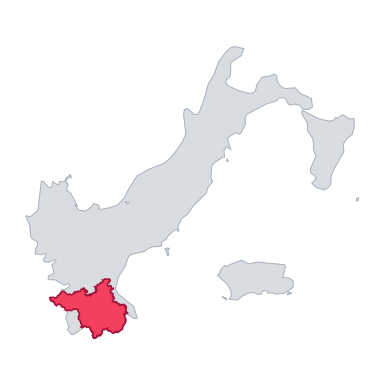 Piemonte, Turin, Italy (highlighted), rotated 269°
{"feature_id": "23120603B83257595874769", "entity_name": "Piemonte", "entity_type": "district", "adm_level": 2, "iso_a3": "ITA", "parent_name": "Italy", "parent_adm1": "Turin", "projection": "orthographic", "projection_center": [8.079, 45.262], "detail": "fine", "context": "in_parent", "style": "filled", "palette": "rose", "viewbox_px": 384, "rotation_deg": 269, "n_neighbors": 0, "source": "geoboundaries", "source_scale": "gbopen_adm2", "svg_char_len": 8883}
<svg xmlns="http://www.w3.org/2000/svg" viewBox="0 0 384 384"><g transform="rotate(269 192 192)"><path d="M56.7,65.1L59.1,66.6L68.3,63.5L73.9,65.4L78.5,62.3L81.5,57.6L80.8,54.1L88.1,48.4L89.0,54.9L93.1,59.2L97.1,60.3L96.2,62.9L100.2,68.2L101.8,67.7L102.3,66.7L101.2,62.2L106.7,53.4L106.8,47.3L107.8,46.6L110.5,47.0L112.9,52.6L122.0,50.7L125.3,54.9L126.7,54.0L124.1,46.7L125.1,42.9L127.5,42.1L129.3,43.9L132.8,44.3L132.9,42.0L132.0,40.6L133.0,34.1L138.2,34.5L141.4,36.7L145.0,36.5L148.0,31.3L150.3,29.9L162.0,29.1L170.6,25.5L171.3,26.2L169.9,28.7L170.5,30.3L176.0,37.5L205.5,41.6L205.1,43.5L199.2,48.6L198.9,50.5L199.9,52.0L204.7,52.8L201.8,57.5L201.9,59.2L204.5,59.2L204.5,64.7L207.7,66.1L211.5,70.6L208.0,71.7L209.4,70.3L205.6,65.9L202.0,68.2L196.1,66.6L192.4,71.1L179.2,77.4L181.4,74.8L180.4,74.8L175.7,78.3L174.9,85.0L179.0,91.3L182.1,93.4L181.0,97.5L179.3,99.1L176.8,98.1L176.3,101.7L178.1,111.1L180.5,117.6L187.8,124.7L192.9,126.8L208.9,137.1L215.4,149.3L221.3,164.8L225.8,170.4L235.0,178.2L243.2,183.7L250.7,186.9L269.7,184.9L274.6,185.9L275.5,188.4L274.7,190.3L269.5,195.3L269.5,198.8L272.4,201.0L286.0,206.2L299.8,210.2L309.5,216.3L321.8,220.9L331.9,228.8L335.6,233.2L336.7,236.8L335.2,243.6L334.3,246.4L327.4,243.5L320.9,233.1L309.3,232.6L305.8,231.1L303.5,228.0L299.9,228.0L297.5,230.1L292.3,241.1L289.7,250.3L289.8,254.0L292.0,257.2L297.8,258.6L305.6,264.1L306.6,271.9L308.3,276.2L306.7,278.9L302.9,278.7L298.2,280.8L295.0,284.1L293.9,286.9L294.4,296.8L288.3,302.5L283.5,313.0L275.1,313.9L272.8,311.0L272.4,306.5L273.6,303.6L276.6,302.0L278.1,296.0L277.1,291.9L278.2,289.9L284.7,286.5L284.5,280.6L281.7,278.2L278.7,267.8L268.7,248.2L265.9,246.5L258.7,246.6L249.9,241.9L249.1,239.7L250.4,237.3L249.2,234.5L246.2,229.5L244.3,228.5L234.0,231.5L236.7,227.1L232.8,224.7L226.3,225.2L226.3,223.3L221.2,215.3L217.9,212.1L206.0,211.2L202.2,212.9L196.1,207.9L190.8,206.3L176.6,191.8L170.0,187.5L165.6,181.1L157.3,177.0L153.6,178.3L152.7,177.4L154.6,176.1L154.1,173.5L148.4,167.2L145.1,165.2L142.8,161.0L138.1,160.1L138.1,152.5L136.2,147.1L133.1,142.6L131.0,131.7L129.6,128.6L126.3,126.4L118.9,123.9L108.5,117.0L96.4,113.8L91.4,116.3L78.7,131.6L66.8,135.1L66.5,131.9L71.1,124.9L70.2,122.2L62.8,123.0L53.2,116.5L51.9,110.8L54.7,105.5L56.4,104.2L55.5,100.6L49.7,97.5L47.5,92.7L47.3,91.1L48.8,90.3L52.2,90.6L57.7,87.3L59.3,82.7L51.4,71.0L51.7,68.6L56.7,65.1ZM183.1,128.0L183.4,125.1L181.0,127.0L181.8,128.3L183.1,128.0ZM271.9,303.6L263.0,319.9L260.4,330.7L261.1,334.6L264.3,337.2L262.9,338.5L266.4,343.1L266.5,344.5L262.3,350.4L262.6,355.3L253.9,355.3L246.6,353.0L242.8,347.8L239.8,345.6L236.7,344.0L230.6,344.6L227.9,343.6L211.1,333.7L204.6,331.2L197.3,330.9L194.3,328.6L191.8,323.9L194.3,316.3L198.8,311.9L203.3,316.4L206.9,314.5L207.1,313.0L209.6,311.0L212.9,310.7L225.9,316.6L232.4,314.2L238.5,314.5L244.0,313.2L250.9,308.7L259.2,308.4L268.4,303.1L271.9,303.6ZM118.5,228.0L123.0,240.2L119.1,247.8L120.8,255.8L117.7,283.3L115.8,284.2L105.0,281.2L104.2,287.5L102.8,290.0L100.7,291.7L94.8,291.3L89.0,282.4L88.5,273.5L89.7,270.9L89.7,265.7L92.0,265.4L92.1,261.9L90.8,260.1L88.6,259.5L88.6,255.6L90.2,252.6L90.2,247.3L87.2,240.7L83.2,235.8L84.0,227.3L87.4,229.5L92.5,229.3L98.6,226.1L108.4,216.0L109.8,217.8L114.0,219.4L118.0,223.6L116.5,226.4L118.5,228.0ZM135.4,163.7L136.3,165.7L136.1,168.4L134.1,166.9L129.2,167.6L128.7,166.3L134.6,164.9L135.4,163.7ZM90.5,286.8L89.1,290.0L87.5,285.8L87.7,285.3L90.5,286.8ZM86.9,221.3L84.7,224.7L83.6,224.6L86.4,220.6L86.9,221.3ZM183.4,358.5L180.5,357.9L180.3,356.3L182.6,356.5L183.4,358.5ZM224.5,227.7L222.3,228.9L222.2,227.1L224.5,227.7Z" fill="#d9dde1" stroke="#a8b0b8" stroke-width="1"/><path d="M94.7,59.6L93.5,59.2L93.2,58.8L92.4,58.9L92.4,58.5L92.0,58.2L92.2,57.8L91.6,57.5L91.3,56.9L90.8,56.4L90.6,55.8L89.3,55.3L89.1,54.9L88.6,54.7L88.9,54.3L88.3,53.2L89.1,52.0L89.0,51.4L89.2,51.1L89.0,50.3L89.2,50.0L89.1,49.7L88.9,49.2L89.1,48.5L88.7,47.9L86.9,48.2L86.0,49.1L85.5,49.0L85.2,49.6L85.8,50.0L85.7,50.6L85.0,51.1L84.6,51.1L84.6,51.7L83.7,52.0L83.7,52.3L83.3,53.0L82.3,53.3L81.8,53.1L80.5,54.4L81.2,54.8L81.3,55.2L81.8,55.5L82.1,56.6L82.4,56.9L82.1,57.5L82.1,58.3L81.3,58.6L81.1,59.2L79.4,59.6L79.2,60.6L79.5,61.4L79.0,61.8L79.0,62.5L78.7,62.5L78.4,63.0L76.6,62.9L76.3,63.5L76.0,63.7L75.9,64.5L75.7,64.9L75.9,65.2L75.6,65.7L75.9,67.3L75.6,68.0L75.9,68.5L75.6,68.7L75.6,69.6L76.3,70.8L77.1,71.2L77.0,71.4L77.3,71.8L76.5,73.0L77.3,74.5L76.8,74.7L76.3,75.4L76.4,76.1L75.9,75.8L74.8,75.9L72.6,77.4L72.3,77.1L71.3,77.3L70.4,76.7L69.8,77.0L69.6,76.5L68.9,76.0L68.1,76.5L67.1,76.3L66.6,76.5L66.2,77.2L65.5,77.5L65.5,77.8L64.6,78.4L64.2,78.1L63.3,78.5L62.1,78.5L62.0,79.0L61.0,79.9L59.6,79.3L59.2,79.6L59.1,79.2L59.3,78.6L59.1,78.4L58.8,78.7L58.6,79.7L58.3,80.3L58.6,81.0L60.2,82.0L59.7,82.7L59.7,83.4L59.0,83.8L58.9,84.4L58.4,84.5L59.0,86.0L58.8,86.3L59.0,86.8L58.7,87.2L58.4,87.1L57.8,88.1L57.4,88.3L57.0,87.7L56.5,88.1L56.0,87.9L55.7,88.2L55.1,88.3L55.0,88.5L54.8,88.9L54.8,89.2L54.6,89.3L54.7,89.5L53.4,89.5L53.2,90.0L53.5,90.4L53.4,90.6L52.4,90.9L52.3,90.6L50.6,89.8L49.9,90.5L49.3,90.3L48.5,90.4L48.4,90.9L47.5,91.2L47.3,91.6L47.8,92.2L47.7,92.5L48.1,92.6L48.0,93.2L48.3,93.5L48.1,93.8L48.3,94.3L49.5,94.2L50.0,94.5L50.1,95.0L49.8,95.3L50.4,95.9L50.4,96.2L49.9,97.0L50.3,97.1L50.0,97.5L50.0,98.0L50.5,98.1L50.8,98.6L51.2,98.5L51.3,99.0L52.6,99.8L53.7,100.0L54.2,99.4L55.0,100.0L55.7,100.1L55.9,100.7L56.3,100.8L55.7,101.9L56.2,102.4L56.3,103.8L57.2,104.3L57.4,105.3L55.4,105.1L54.8,105.5L54.4,106.3L54.9,107.3L54.5,107.3L54.2,107.9L54.1,108.8L53.6,109.0L53.3,109.4L52.8,109.4L52.2,110.3L52.7,111.8L53.4,112.2L53.5,112.8L54.3,113.5L53.1,113.8L53.1,115.2L52.9,115.7L53.7,116.0L53.8,116.6L54.6,117.3L54.5,117.8L54.8,117.9L54.8,118.2L55.4,118.3L55.4,119.3L55.6,119.7L56.3,120.2L57.3,119.9L58.8,121.0L59.2,120.7L59.5,121.0L59.8,121.0L59.9,121.4L60.5,122.0L61.1,121.9L61.2,122.4L61.9,122.9L63.4,122.8L63.7,123.7L64.5,123.4L65.2,123.8L65.4,123.3L66.1,123.4L67.2,122.8L67.5,123.1L67.8,122.7L68.4,122.7L68.5,122.5L69.8,122.7L70.2,121.8L71.2,121.8L71.3,121.9L71.0,122.6L71.2,122.8L70.9,123.3L72.1,124.9L72.0,125.6L72.3,125.6L72.5,125.1L73.0,124.8L72.4,124.8L72.0,124.1L72.3,123.5L73.1,123.0L74.5,123.6L75.5,123.7L75.9,124.2L76.9,124.0L77.3,124.3L78.0,123.9L78.8,124.3L79.0,124.0L78.7,123.8L78.9,123.7L78.2,123.1L78.9,122.5L79.6,122.9L80.2,122.9L80.9,121.8L80.9,121.2L80.2,120.6L80.5,119.8L80.1,119.4L80.5,119.1L80.7,118.7L80.1,118.2L80.0,117.8L80.4,117.4L81.0,117.8L81.1,116.8L81.7,116.9L82.0,116.4L81.9,115.6L82.1,115.5L82.1,115.1L82.4,115.1L82.7,114.6L83.0,114.8L83.5,114.5L83.5,114.1L83.8,113.6L83.4,113.1L83.5,112.8L83.2,112.5L83.2,112.1L83.8,111.9L83.6,111.5L83.8,110.9L84.5,110.5L84.9,111.2L85.7,111.2L86.1,111.8L86.7,111.8L87.0,112.5L87.7,112.1L87.7,111.8L87.9,111.6L88.0,111.1L88.3,110.9L88.5,111.3L88.8,111.2L89.0,111.5L89.1,111.1L89.5,110.6L89.7,111.0L91.9,111.1L91.9,110.6L92.8,109.9L92.4,109.5L93.0,108.6L94.4,108.9L94.6,108.7L95.1,108.7L95.5,109.0L95.7,109.7L96.0,109.7L96.1,110.1L96.0,110.5L96.4,110.5L96.5,111.2L96.4,111.6L96.9,111.7L96.8,111.4L97.1,111.3L97.1,110.3L97.8,109.9L97.6,109.7L97.7,109.3L98.3,109.4L98.7,109.2L99.2,109.7L99.8,109.3L99.9,109.1L99.4,107.8L99.6,107.7L99.0,106.8L99.6,106.5L100.1,105.6L100.7,105.6L101.1,106.0L102.0,105.9L102.6,106.7L102.7,107.6L103.5,107.2L103.7,107.5L104.1,107.7L104.1,108.2L104.3,108.6L105.2,108.8L106.4,108.2L106.2,106.4L106.4,106.0L106.3,105.3L106.5,104.6L106.3,104.0L106.6,103.0L105.6,102.4L105.6,101.6L105.2,101.2L105.3,101.0L104.1,101.4L103.8,100.9L103.3,101.0L103.3,100.6L102.7,99.9L103.2,99.4L102.9,98.7L102.3,98.7L101.6,98.0L101.6,97.8L101.3,97.5L101.4,97.3L100.9,96.9L100.9,96.6L101.1,96.5L100.7,95.5L100.2,95.7L99.6,95.5L99.3,94.9L99.2,93.5L98.9,93.5L98.9,93.1L98.5,93.4L98.5,93.6L97.9,93.5L97.6,93.8L97.5,93.6L97.5,93.9L97.1,93.9L97.3,94.2L96.9,94.0L96.9,94.4L96.5,94.4L96.3,94.9L96.2,94.7L95.8,94.8L95.8,94.5L95.3,94.4L94.9,93.9L94.5,94.5L94.1,94.2L93.7,94.6L93.6,94.0L93.2,93.8L93.5,93.4L93.2,93.0L93.4,92.7L92.6,91.7L92.7,91.1L92.2,90.9L91.9,90.2L91.3,90.1L91.4,89.8L91.1,89.6L91.3,89.0L91.9,88.6L91.8,88.4L91.4,88.5L91.1,88.9L90.6,88.8L91.2,88.6L90.6,88.0L91.1,87.6L90.7,87.4L91.4,87.4L90.6,87.2L90.6,86.9L90.9,87.2L91.1,87.0L90.8,86.8L90.9,86.2L90.4,86.3L90.4,85.8L90.0,85.7L90.4,85.0L90.9,84.9L90.7,84.1L91.2,83.8L91.2,83.5L91.8,83.9L92.8,83.6L93.1,83.9L93.1,84.3L93.6,84.6L93.8,85.7L94.4,85.7L95.0,85.3L95.2,84.3L95.6,84.4L95.6,84.1L96.0,83.9L96.0,83.6L95.6,83.7L95.1,83.2L95.0,82.9L96.0,83.0L96.1,82.6L96.9,82.9L97.1,82.5L97.8,82.4L97.3,81.3L97.4,81.1L97.0,81.1L97.1,80.7L96.6,80.2L96.6,79.4L95.2,78.9L94.9,78.4L95.0,77.9L94.7,77.4L94.7,76.7L94.4,76.5L94.6,76.1L94.6,75.7L94.1,75.1L93.7,75.0L93.6,74.5L93.8,74.4L94.0,74.6L94.3,74.5L93.8,73.8L94.1,73.3L93.2,73.3L93.5,72.1L93.2,71.8L92.1,71.5L91.2,69.9L91.3,69.2L91.8,68.8L92.1,68.2L91.5,66.0L95.0,62.2L95.1,61.8L94.5,60.1L94.7,59.6ZM94.8,94.5L94.8,94.4L94.8,94.5Z" fill="#f43f5e" stroke="#9f1239" stroke-width="1.5"/></g></svg>